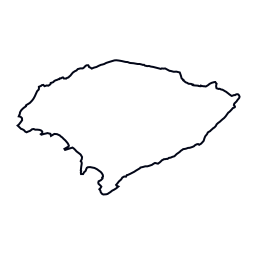 outline of La Digue, La Digue and Inner Islands, Seychelles, rotated 92°
{"feature_id": "34574756B18865708954128", "entity_name": "La Digue", "entity_type": "district", "adm_level": 2, "iso_a3": "SYC", "parent_name": "Seychelles", "parent_adm1": "La Digue and Inner Islands", "projection": "robinson", "projection_center": [55.838, -4.36], "detail": "fine", "context": "isolated", "style": "outline", "palette": "ink", "viewbox_px": 256, "rotation_deg": 92, "n_neighbors": 0, "source": "geoboundaries", "source_scale": "gbopen_adm2", "svg_char_len": 4525}
<svg xmlns="http://www.w3.org/2000/svg" viewBox="0 0 256 256"><g transform="rotate(92 128 128)"><path d="M99.9,22.6L98.3,21.1L97.7,20.5L96.1,19.5L95.0,18.6L94.0,17.9L93.3,17.7L92.8,17.6L92.1,17.9L91.5,18.2L91.1,18.5L90.6,19.0L90.4,20.2L90.8,21.4L91.4,22.2L91.4,22.8L91.6,23.8L92.1,24.7L92.3,25.6L91.4,27.0L90.9,27.8L90.1,28.8L89.2,30.1L88.5,31.0L87.7,32.6L87.0,33.8L86.4,35.0L86.3,36.2L86.0,36.8L85.6,37.8L85.8,39.0L85.5,39.8L85.2,40.9L84.3,41.2L83.1,41.4L81.8,41.3L80.7,41.0L80.1,41.6L79.0,42.4L79.1,43.3L79.6,44.9L80.0,46.1L80.7,47.3L81.1,48.1L82.1,49.1L83.0,50.4L83.8,51.7L83.7,52.6L83.6,52.9L83.7,53.4L83.6,54.2L83.5,55.2L83.3,56.1L83.1,56.6L83.7,56.8L83.7,57.2L83.7,57.5L83.6,58.3L83.5,58.9L83.5,59.0L83.3,59.2L83.3,59.4L83.3,59.9L83.2,60.2L83.2,61.4L83.1,63.6L82.9,64.8L82.3,64.6L81.7,66.7L81.7,68.6L81.6,69.2L80.9,70.2L80.9,70.3L80.3,72.0L79.6,72.9L78.9,73.8L78.5,74.4L78.1,74.2L77.2,75.3L76.6,76.1L75.4,76.5L74.0,76.9L72.5,77.5L70.7,78.2L70.0,81.5L70.2,84.3L69.5,87.3L69.4,88.5L67.2,92.9L67.4,94.7L67.3,96.4L67.8,97.2L66.1,104.9L65.8,107.3L65.3,109.1L65.5,111.0L65.0,113.4L64.3,114.2L64.4,115.5L64.1,116.4L63.6,118.6L63.7,119.9L63.7,120.5L63.5,122.0L63.1,124.6L63.0,126.5L63.0,127.3L62.8,128.8L62.1,130.7L62.1,131.9L62.0,133.1L61.3,136.6L60.9,139.6L60.7,142.1L60.9,143.9L61.6,146.0L62.9,149.8L63.7,152.0L64.9,154.1L65.5,155.9L65.8,157.2L66.9,159.5L68.1,161.6L68.6,163.3L69.0,164.5L69.4,165.3L69.9,166.3L69.0,167.6L68.5,169.0L67.6,169.3L66.7,169.9L66.8,171.6L67.4,172.6L68.1,173.2L69.2,174.2L70.0,175.3L70.1,177.7L70.5,179.0L70.9,180.3L72.3,181.5L73.1,183.1L74.5,185.0L76.3,186.4L77.7,187.4L78.6,188.5L79.5,189.2L80.0,190.6L80.8,191.6L80.7,192.6L80.8,193.8L79.7,194.8L80.0,195.7L80.7,196.7L80.7,197.7L81.5,198.2L81.4,198.7L82.1,200.0L82.5,200.9L82.9,202.1L83.3,202.8L83.9,203.6L84.7,204.2L85.2,205.2L85.5,206.3L85.7,206.8L86.6,206.9L87.4,207.6L88.1,208.5L88.5,209.1L88.3,210.6L89.1,212.9L87.9,214.1L88.2,215.6L89.1,216.6L89.9,218.5L91.1,218.4L92.6,218.5L94.4,220.1L97.5,221.4L99.5,222.2L101.9,223.4L103.8,224.7L105.4,226.1L106.3,226.9L107.2,228.2L108.3,229.9L109.0,230.8L109.8,230.7L111.4,232.8L112.4,233.9L114.1,235.4L116.2,236.5L117.7,236.6L118.8,237.1L120.2,237.6L120.5,235.8L121.9,234.3L123.9,234.1L125.3,235.0L128.5,237.3L129.4,238.4L130.8,236.8L132.6,234.8L132.9,233.6L133.8,231.9L135.2,230.6L135.8,229.2L135.0,227.6L134.4,226.0L133.5,224.8L132.6,223.8L132.3,222.2L132.9,220.7L132.8,218.8L133.0,216.2L133.6,214.6L134.5,213.6L136.1,213.5L137.2,214.9L137.7,214.3L136.9,211.9L136.3,209.6L135.9,208.4L136.5,205.4L138.6,204.7L136.5,201.4L136.6,199.5L136.6,198.8L137.1,197.6L137.8,195.9L138.9,194.7L139.7,193.4L141.0,192.1L142.6,190.2L143.8,189.1L145.0,188.0L146.2,187.2L147.7,186.5L148.6,186.8L151.1,190.8L152.1,190.1L149.5,182.8L150.5,181.3L151.7,180.0L153.1,178.7L154.1,177.3L155.3,175.6L156.2,174.4L158.6,172.9L160.8,173.1L162.8,174.1L163.8,173.2L164.9,173.0L166.1,173.1L168.4,173.4L169.9,173.5L172.2,173.7L172.6,173.3L174.2,173.6L175.7,173.3L175.6,171.3L173.7,170.3L172.5,169.0L171.9,168.7L170.8,168.4L169.2,167.7L168.6,166.7L168.4,164.5L168.7,162.6L169.1,160.1L170.3,157.5L171.6,155.6L172.8,153.8L174.2,152.5L175.9,151.5L177.6,151.3L178.4,152.1L179.4,151.7L181.2,153.4L182.3,155.5L183.7,155.8L184.8,155.5L186.7,153.3L187.6,152.6L189.3,153.6L190.2,154.5L191.4,153.5L193.1,153.0L194.6,151.8L195.3,150.4L195.0,147.4L194.6,146.1L193.5,144.6L192.7,143.4L191.2,141.7L190.1,139.7L188.6,137.5L186.8,135.6L186.1,137.3L185.3,137.9L184.2,137.0L181.7,135.2L179.7,133.1L177.7,131.9L176.6,130.1L176.7,128.3L175.2,127.6L174.9,126.5L173.9,124.5L173.0,122.9L171.5,120.2L170.2,118.4L168.8,116.2L167.9,114.8L167.1,114.2L166.4,111.6L165.7,109.4L165.6,107.2L165.0,105.4L164.0,102.8L162.8,101.2L162.0,99.8L162.6,96.8L161.2,95.0L159.7,93.5L159.1,93.0L158.4,91.7L158.0,91.2L157.8,89.7L157.5,88.3L157.5,87.4L156.4,86.0L156.3,85.2L156.1,84.3L155.4,82.9L155.1,82.1L154.6,80.6L153.1,79.2L152.2,78.3L151.4,77.2L150.0,75.4L149.0,74.5L148.0,73.1L147.2,72.1L146.9,70.4L146.6,69.2L145.8,67.3L145.7,66.1L145.5,65.2L144.6,62.8L143.9,61.4L143.0,60.6L142.3,59.5L141.9,58.7L141.6,57.4L142.3,56.3L141.1,54.4L139.5,53.0L138.3,52.0L137.0,51.6L135.7,51.3L135.2,51.1L133.8,50.6L133.0,50.1L132.2,49.4L131.0,48.6L129.7,48.1L129.0,47.1L128.3,45.9L127.2,44.9L125.9,43.5L125.0,42.6L124.6,41.8L122.9,40.3L121.3,39.6L119.8,38.1L118.5,36.4L116.9,34.8L115.7,33.5L114.8,32.4L112.9,30.8L111.5,29.9L109.1,28.3L108.4,27.3L106.9,25.9L105.5,24.7L104.5,24.0L104.0,22.9L103.5,22.0L102.7,21.9L101.4,23.0L99.9,22.6Z" fill="none" stroke="#020617" stroke-width="2"/></g></svg>